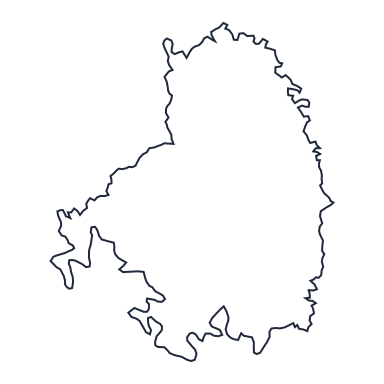 Laranjal, Paraná, Brazil
{"feature_id": "56859067B49556592741492", "entity_name": "Laranjal", "entity_type": "district", "adm_level": 2, "iso_a3": "BRA", "parent_name": "Brazil", "parent_adm1": "Paraná", "projection": "orthographic", "projection_center": [-52.508, -24.893], "detail": "fine", "context": "isolated", "style": "outline", "palette": "slate", "viewbox_px": 384, "rotation_deg": 0, "n_neighbors": 0, "source": "geoboundaries", "source_scale": "gbopen_adm2", "svg_char_len": 4623}
<svg xmlns="http://www.w3.org/2000/svg" viewBox="0 0 384 384"><path d="M58.8,231.1L61.7,235.4L65.3,236.6L67.5,239.9L68.8,243.3L72.8,245.4L74.2,248.2L71.9,250.0L68.9,251.1L65.0,253.0L57.2,255.3L53.3,256.8L50.6,261.1L56.7,267.3L60.3,269.3L62.3,273.3L63.8,276.0L64.9,280.2L65.1,284.5L66.9,287.2L69.3,288.7L72.1,288.1L73.1,282.0L72.7,277.0L71.0,271.7L70.2,266.9L68.8,263.9L69.2,260.3L72.2,260.0L74.9,260.5L81.8,263.9L86.1,267.1L89.6,266.5L90.1,263.1L89.0,257.8L89.0,250.7L90.9,243.9L92.1,235.0L90.7,232.3L91.5,227.3L95.0,226.8L96.7,229.1L98.0,232.0L99.0,235.7L101.6,239.4L108.6,241.4L113.7,242.6L114.4,246.1L114.1,250.6L115.3,254.4L118.4,258.0L120.9,259.5L126.2,262.5L123.5,265.7L119.3,269.4L123.0,272.1L138.0,271.3L143.6,271.9L145.0,277.4L146.3,281.3L149.3,285.8L152.4,287.3L155.1,291.2L158.6,293.0L162.8,295.4L165.0,299.1L162.0,301.8L157.8,301.6L154.8,299.9L147.1,298.5L146.6,301.6L149.0,304.1L148.9,308.8L147.2,311.7L144.0,311.9L140.5,310.5L134.4,308.0L128.3,312.7L131.4,316.9L136.5,318.7L139.6,321.0L141.3,323.9L146.1,332.3L150.0,334.3L151.0,330.1L148.9,326.1L148.1,322.3L148.0,318.1L151.0,316.9L155.8,321.4L160.1,323.9L162.0,326.4L161.8,330.2L159.4,333.2L156.6,336.3L155.1,341.7L155.3,345.3L158.0,347.0L164.3,347.2L167.1,349.8L169.7,353.1L174.4,355.1L181.7,356.8L187.1,359.8L191.0,361.0L194.8,359.8L196.5,354.1L195.2,349.7L191.9,346.2L187.2,340.5L187.2,337.0L189.9,333.4L193.0,332.8L196.0,334.7L198.9,339.3L202.5,341.0L203.6,337.3L205.5,333.6L210.3,333.6L214.2,335.8L218.4,336.2L222.2,334.9L219.8,329.9L214.4,327.6L211.7,326.4L209.7,322.7L211.9,318.4L216.1,313.8L220.5,309.2L223.7,306.3L226.6,311.5L228.5,317.5L228.1,321.4L226.9,324.4L225.7,329.3L227.0,334.0L229.9,337.2L233.4,339.1L238.1,340.0L239.3,337.2L241.2,333.3L243.9,335.8L247.7,336.5L251.9,337.3L253.8,342.1L253.8,347.9L254.0,352.6L256.8,354.0L260.1,352.8L263.8,346.9L266.8,342.4L269.6,337.1L269.5,331.6L271.5,328.5L275.4,328.0L279.8,328.4L284.6,327.4L289.4,325.1L293.3,323.1L294.9,327.1L297.2,325.0L299.1,328.8L303.5,329.5L307.3,331.1L308.4,327.1L311.6,324.1L309.6,320.6L310.2,316.1L314.0,313.4L313.1,308.8L311.6,305.6L315.8,303.2L312.6,300.9L309.0,300.6L305.5,298.2L309.9,297.6L309.7,294.1L308.7,290.2L313.2,290.5L316.9,289.2L314.5,284.4L310.5,280.8L313.7,279.4L315.9,277.3L318.6,277.8L321.2,275.2L321.6,270.6L323.2,266.6L321.8,261.5L322.5,257.9L324.3,254.1L322.1,251.0L322.3,246.1L323.0,240.7L321.5,237.6L320.0,234.5L319.1,231.3L319.7,226.8L322.2,223.3L320.0,216.2L320.8,211.2L323.8,209.2L326.3,207.5L330.7,205.0L333.4,202.6L330.7,201.0L329.2,197.8L326.9,195.6L324.3,193.4L322.6,190.6L320.1,185.4L322.2,183.4L321.6,179.3L321.9,175.4L321.0,170.6L319.1,167.2L319.0,163.7L319.8,160.2L316.8,160.2L316.1,155.9L320.1,154.0L317.0,152.0L313.3,151.4L315.7,148.3L319.8,148.1L316.7,145.1L315.5,141.6L310.2,143.0L308.2,139.4L306.9,135.5L303.5,131.2L305.5,125.8L307.0,122.3L309.9,120.4L308.2,116.2L303.8,116.6L300.7,111.4L297.9,107.5L302.2,105.6L305.5,106.8L308.7,106.8L309.3,102.5L307.5,100.0L302.0,99.4L299.0,100.6L294.9,103.2L292.0,99.0L293.2,95.8L288.3,95.2L287.9,92.0L288.0,88.4L293.1,89.2L297.5,90.3L299.6,92.7L301.2,88.6L296.8,85.8L292.3,84.0L290.8,80.0L287.9,77.1L285.6,75.1L281.8,77.5L279.1,75.4L275.2,72.7L275.5,67.2L280.7,66.5L282.2,63.4L279.3,62.7L277.3,60.0L275.4,54.8L274.9,50.3L269.4,48.6L265.3,47.6L265.9,44.4L267.6,41.6L262.9,38.9L259.0,43.7L255.9,43.9L253.5,41.7L254.5,38.5L253.5,35.7L247.2,36.0L243.4,33.2L239.4,33.6L237.4,40.0L233.8,39.7L232.3,34.4L229.1,30.1L225.3,28.6L227.3,24.9L223.4,23.0L219.3,27.5L215.8,29.1L211.1,32.0L211.7,35.5L214.9,41.2L211.8,39.5L207.4,36.7L204.2,38.3L202.1,42.1L199.1,45.1L194.6,46.7L192.0,48.7L189.9,51.7L186.6,57.9L182.5,51.4L179.6,52.1L174.7,54.1L171.5,51.9L171.9,47.6L172.7,44.1L171.3,40.5L166.9,38.5L164.3,40.6L163.2,43.7L164.4,47.6L168.7,56.8L167.8,61.2L169.2,65.2L172.5,70.0L168.9,71.4L164.5,76.9L166.6,81.4L167.8,87.4L168.1,90.5L169.5,93.7L172.0,95.5L171.3,99.4L169.6,103.6L167.1,106.3L166.0,109.0L166.0,113.2L168.5,117.6L165.4,121.8L166.7,124.4L167.4,127.6L169.2,130.8L171.3,134.6L171.6,139.1L173.5,143.9L164.2,143.3L161.0,145.0L157.5,146.1L154.6,147.4L149.3,148.2L146.8,152.3L142.9,154.3L139.5,158.0L137.0,162.7L135.6,165.6L132.4,167.2L129.0,166.8L126.3,168.2L122.5,169.1L118.7,168.7L116.3,170.7L113.9,173.3L110.5,176.1L111.5,180.0L111.5,183.3L108.5,184.3L107.7,187.6L106.3,191.0L108.5,194.9L104.3,196.1L100.5,195.9L97.2,197.3L94.5,200.4L90.1,198.2L88.0,200.8L86.3,203.7L87.0,208.0L83.0,211.0L80.0,215.0L77.4,210.9L74.1,208.5L71.2,212.4L67.9,212.4L70.3,218.1L65.9,216.2L64.4,212.9L62.8,210.0L60.0,210.3L57.4,211.4L58.1,215.6L60.9,222.0L61.2,225.6L58.8,231.1Z" fill="none" stroke="#1e293b" stroke-width="2"/></svg>